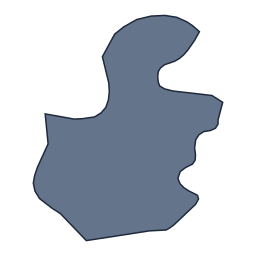 an SVG outline of Hải Dương
{"feature_id": "VNM-460", "entity_name": "Hải Dương", "entity_type": "Province", "adm_level": 1, "iso_a3": "VNM", "parent_name": "Vietnam", "parent_adm1": "", "projection": "albers", "projection_center": [106.419, 20.964], "detail": "fine", "context": "isolated", "style": "filled", "palette": "slate", "viewbox_px": 256, "rotation_deg": 0, "n_neighbors": 0, "source": "natural_earth", "source_scale": "10m", "svg_char_len": 909}
<svg xmlns="http://www.w3.org/2000/svg" viewBox="0 0 256 256"><path d="M149.1,230.9L86.3,240.6L60.5,213.7L52.0,208.2L39.6,198.6L35.0,191.2L33.3,183.1L34.7,175.4L37.4,167.3L48.1,143.9L45.2,113.9L74.3,119.1L83.2,118.6L94.6,116.9L101.2,112.8L105.8,107.4L108.4,100.0L109.3,91.8L108.8,83.1L102.4,56.7L114.7,34.1L123.7,26.9L136.8,19.5L151.0,16.1L164.9,15.4L176.7,17.3L186.8,21.8L193.0,26.0L199.4,31.7L194.5,40.5L187.8,50.1L183.7,54.8L179.4,58.5L174.7,61.2L164.6,64.7L160.5,67.9L158.3,71.6L157.7,76.8L158.2,81.9L159.7,86.0L164.6,88.9L173.0,91.0L211.9,95.5L222.7,102.3L218.1,119.7L218.0,124.1L215.5,128.2L210.5,130.5L203.7,131.6L198.9,134.8L195.7,139.8L194.6,148.1L195.5,154.4L195.2,159.9L192.6,164.0L185.5,167.6L180.2,171.6L177.9,178.4L180.0,183.7L184.0,187.8L188.6,190.8L197.5,195.3L198.5,199.1L195.5,204.4L173.9,224.9L169.5,228.1L166.1,230.0L149.1,230.9Z" fill="#64748b" stroke="#1e293b" stroke-width="1.5"/></svg>